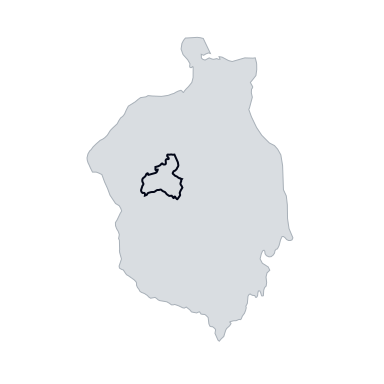 Harghita on a map of Romania (Equal Earth projection), rotated 257°
{"feature_id": "ROU-307", "entity_name": "Harghita", "entity_type": "County", "adm_level": 1, "iso_a3": "ROU", "parent_name": "Romania", "parent_adm1": "", "projection": "equal_earth", "projection_center": [25.588, 46.623], "detail": "fine", "context": "in_parent", "style": "outline", "palette": "ink", "viewbox_px": 384, "rotation_deg": 257, "n_neighbors": 0, "source": "natural_earth", "source_scale": "10m", "svg_char_len": 5710}
<svg xmlns="http://www.w3.org/2000/svg" viewBox="0 0 384 384"><g transform="rotate(257 192 192)"><path d="M295.4,212.2L298.8,216.5L303.2,218.8L313.2,221.2L314.0,221.0L314.1,220.5L313.4,219.9L313.3,219.1L313.8,218.1L315.1,218.0L317.4,218.9L321.7,217.6L327.9,214.2L333.7,213.5L339.0,215.6L341.7,217.9L343.5,220.2L343.0,222.9L342.7,224.7L341.5,231.9L340.6,234.5L339.1,237.5L322.8,241.1L323.8,239.4L323.4,236.4L322.6,234.1L324.1,232.0L320.4,231.3L318.8,232.4L317.6,234.4L318.8,238.9L317.0,241.5L316.4,242.9L316.4,246.2L315.3,247.6L315.1,249.2L317.8,248.8L316.6,251.7L311.8,257.2L310.1,260.5L310.8,273.6L308.7,281.5L308.5,283.8L303.3,283.9L301.7,283.7L296.7,282.6L291.1,280.5L287.8,276.4L285.6,273.5L280.9,274.8L280.0,274.5L278.7,273.1L275.2,272.1L270.8,272.1L260.8,266.8L259.7,265.9L252.0,266.8L240.4,269.4L231.6,272.7L222.4,278.4L218.7,282.8L214.4,285.1L208.2,286.9L197.3,286.2L185.9,284.0L173.6,281.6L167.0,283.0L158.0,282.0L144.6,279.1L134.5,278.3L124.6,280.0L122.9,278.7L122.6,277.2L123.0,275.2L124.4,273.5L126.8,272.2L128.1,271.0L128.3,269.7L125.6,267.6L120.1,264.7L117.9,262.9L117.4,262.5L117.2,260.9L116.1,259.6L114.0,258.7L112.4,257.1L111.2,254.6L111.5,252.4L113.2,250.2L115.4,249.3L118.0,249.6L119.1,249.0L118.7,247.5L116.1,245.6L111.5,243.3L106.8,244.5L101.8,249.4L98.3,250.2L96.3,246.9L92.5,245.0L87.1,244.4L83.7,243.1L82.5,241.2L80.2,239.8L74.9,238.2L74.9,236.8L75.8,236.4L77.6,236.3L80.1,236.0L80.6,235.2L80.6,234.4L78.7,233.4L76.7,232.8L75.7,232.1L75.0,231.4L74.9,230.6L75.5,230.1L76.3,230.1L77.1,229.6L77.6,227.9L78.7,226.4L79.5,225.9L79.4,224.8L78.7,223.8L77.6,223.0L76.0,222.5L71.1,220.9L68.6,218.8L67.0,218.8L64.6,217.6L62.0,215.8L59.8,213.2L57.4,211.5L56.8,210.8L56.8,210.2L57.2,209.5L57.2,208.7L56.7,206.1L57.2,203.5L57.1,201.0L57.1,199.8L56.7,199.5L56.2,199.9L55.6,200.3L55.0,200.4L53.2,198.6L51.1,194.9L49.5,193.6L46.6,191.9L44.1,190.5L42.3,187.4L40.5,185.0L41.8,184.0L49.1,182.6L52.4,184.0L53.9,183.5L55.4,182.3L56.3,181.5L56.4,180.5L57.2,179.3L59.7,178.8L66.1,179.5L68.8,177.8L69.8,176.9L70.4,174.9L71.1,173.3L73.5,172.5L73.5,171.0L73.1,169.4L74.6,165.9L75.4,164.4L76.8,163.9L78.4,162.8L81.2,160.5L80.6,158.5L81.2,157.0L84.1,153.4L86.3,149.9L86.3,148.1L86.7,146.6L88.7,144.9L90.7,142.7L93.5,136.0L94.5,134.8L96.3,133.5L97.6,132.3L97.8,127.8L99.1,126.5L101.4,125.1L103.8,122.8L105.7,120.0L107.2,118.8L109.1,118.4L111.2,117.4L113.6,117.0L115.8,117.5L117.2,117.2L119.4,115.9L125.0,110.9L125.8,109.9L127.0,109.2L131.5,107.5L132.6,105.8L134.2,104.2L136.2,104.3L142.6,108.2L149.5,107.9L150.8,108.1L151.2,108.1L152.0,108.5L161.3,110.4L162.7,110.1L163.1,110.0L166.8,111.6L170.1,111.3L173.2,110.3L176.4,109.9L179.4,110.5L181.7,112.8L187.5,117.4L189.3,119.2L192.0,118.9L195.0,118.0L198.0,114.9L207.3,111.4L214.4,110.5L221.3,109.1L229.3,108.1L231.6,105.2L232.9,103.2L233.8,99.5L238.0,98.5L242.1,97.7L243.6,97.3L246.6,97.1L248.9,97.4L252.5,99.2L255.0,101.5L256.0,103.3L258.2,105.8L260.4,109.4L263.0,114.2L263.5,116.6L264.5,119.2L266.4,122.3L270.0,125.9L270.5,126.5L272.1,129.0L275.3,134.5L277.9,136.7L280.2,139.1L281.3,141.5L283.0,143.7L286.9,146.6L290.0,149.3L292.6,156.9L294.4,160.4L295.5,163.1L295.1,168.5L295.8,170.9L294.4,175.1L292.0,183.8L291.5,190.6L292.0,194.3L292.1,196.7L292.7,198.2L293.4,201.3L293.6,204.1L292.7,204.9L291.4,205.5L290.9,206.1L292.1,207.3L293.8,209.6L295.4,212.2Z" fill="#d9dde1" stroke="#a8b0b8" stroke-width="1"/><path d="M224.1,184.9L221.1,184.7L220.2,184.3L219.7,183.9L219.4,183.5L219.1,183.2L217.8,182.2L217.6,181.9L217.4,181.6L216.6,180.2L216.5,179.8L216.5,179.4L216.4,179.0L216.2,178.6L215.8,178.3L215.0,177.6L214.5,177.4L214.1,177.5L213.7,177.7L213.3,178.1L212.3,178.7L211.7,179.1L210.6,180.6L210.1,181.1L209.5,181.5L208.3,182.7L208.2,182.9L208.2,183.3L207.9,183.5L207.7,183.7L206.9,185.1L206.1,184.2L204.7,183.8L204.2,183.4L203.6,183.0L203.0,182.7L202.4,182.6L201.9,182.6L200.1,183.3L198.4,183.6L195.9,181.2L194.2,180.0L193.7,179.8L192.2,179.8L191.6,179.7L191.0,179.2L188.5,176.4L188.3,176.1L188.4,175.8L188.6,175.6L189.3,175.3L189.6,175.1L189.8,175.0L190.1,174.8L190.9,174.6L191.2,174.5L191.4,174.2L191.4,173.7L191.2,173.5L190.3,172.9L190.3,172.6L190.6,172.4L192.5,171.6L192.9,171.4L193.0,171.0L193.2,169.5L193.3,169.0L193.6,168.6L195.5,166.9L195.9,166.7L197.2,166.1L197.8,165.8L198.2,165.4L199.3,163.9L199.8,163.4L201.2,162.4L201.4,162.0L201.5,161.6L201.4,160.5L201.5,159.7L201.7,158.8L201.7,158.3L201.6,157.9L201.5,157.6L200.8,155.9L200.6,155.0L201.1,152.2L201.0,149.8L200.9,149.1L200.7,148.6L200.4,148.2L199.7,147.6L199.4,147.2L199.3,146.8L199.1,145.3L200.2,145.7L200.6,145.7L201.1,145.7L201.5,145.5L201.8,145.3L202.0,144.9L202.0,144.6L202.1,144.2L202.1,143.8L202.4,143.4L203.0,143.1L203.6,142.8L204.4,142.7L204.9,142.7L205.5,142.9L209.0,145.0L209.4,145.3L209.7,145.7L210.1,146.1L210.6,146.4L211.1,146.5L211.7,146.4L212.2,146.2L213.8,146.0L214.6,146.2L215.5,146.5L215.9,146.8L216.4,147.3L216.7,147.9L217.3,149.1L217.7,149.8L218.2,150.4L219.3,151.2L219.7,151.5L220.0,152.0L220.2,152.6L220.2,153.0L219.8,153.2L219.3,153.1L218.9,153.1L218.7,153.2L218.5,153.4L218.5,153.7L218.5,154.1L218.8,160.9L219.0,161.4L219.2,161.9L219.7,162.4L220.8,163.3L221.2,163.5L221.5,163.6L221.6,163.3L221.6,162.9L221.4,162.1L221.3,161.7L221.7,161.5L222.0,161.4L224.6,162.0L224.7,165.0L225.2,166.9L225.6,167.6L226.1,168.2L226.5,168.9L226.5,169.4L226.2,169.7L225.8,169.8L225.4,170.2L225.1,170.7L224.9,171.9L225.1,172.5L225.6,172.9L226.9,173.2L228.6,173.4L229.0,173.6L229.5,174.1L229.7,174.6L229.7,175.0L229.4,176.0L229.4,176.6L229.7,176.8L230.1,176.9L231.0,176.6L232.2,176.0L232.7,175.9L233.1,176.0L233.7,176.3L233.9,176.6L233.9,177.0L233.5,178.1L233.4,178.5L233.3,180.1L233.1,180.5L232.8,181.3L232.6,181.7L232.4,183.3L224.1,184.9Z" fill="none" stroke="#020617" stroke-width="2"/></g></svg>